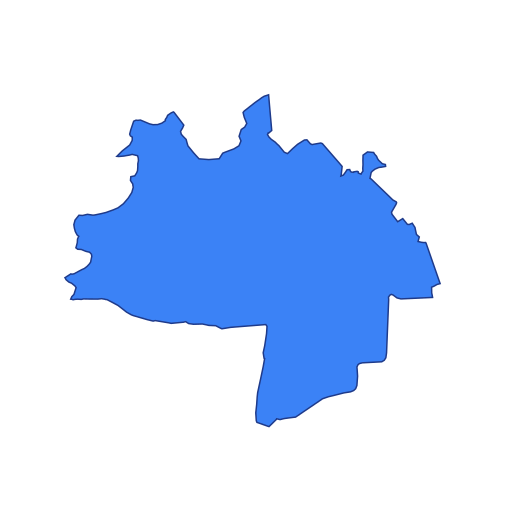 Bilbis, Ash Sharqiyah, Egypt (orthographic projection), rotated 21°
{"feature_id": "37247803B42171035160974", "entity_name": "Bilbis", "entity_type": "district", "adm_level": 2, "iso_a3": "EGY", "parent_name": "Egypt", "parent_adm1": "Ash Sharqiyah", "projection": "orthographic", "projection_center": [31.512, 30.409], "detail": "fine", "context": "isolated", "style": "filled", "palette": "blue", "viewbox_px": 512, "rotation_deg": 21, "n_neighbors": 0, "source": "geoboundaries", "source_scale": "gbopen_adm2", "svg_char_len": 4133}
<svg xmlns="http://www.w3.org/2000/svg" viewBox="0 0 512 512"><g transform="rotate(21 256 256)"><path d="M344.0,124.2L340.8,124.6L336.2,122.7L334.5,121.5L332.8,119.7L331.6,119.1L330.4,118.5L328.7,117.2L322.8,118.9L319.8,123.5L321.5,128.3L323.2,132.5L324.3,136.0L325.4,138.4L324.7,141.3L324.7,141.9L321.8,141.9L321.2,140.7L320.1,140.7L317.1,142.4L317.1,142.9L314.8,143.5L313.6,142.9L312.5,141.7L310.1,142.8L309.5,145.7L308.8,148.2L308.6,149.1L307.4,150.2L306.6,150.9L306.5,149.8L305.4,145.6L304.3,141.5L301.0,139.7L277.7,127.3L276.0,127.3L270.3,130.7L268.4,131.9L267.7,131.8L266.6,131.8L261.9,129.3L259.6,130.4L254.8,136.8L251.7,142.7L249.9,146.6L248.7,149.1L245.2,149.0L237.7,144.7L236.0,144.1L233.1,142.8L228.4,141.6L225.5,140.3L223.2,138.5L223.3,136.7L223.8,136.7L225.7,133.2L221.7,125.0L214.8,110.9L210.0,101.0L206.4,103.9L204.6,106.2L202.8,109.1L201.6,110.8L200.4,112.6L199.9,113.4L193.1,124.8L192.5,126.6L193.7,128.4L195.4,130.8L197.1,132.6L198.8,134.4L199.9,135.6L199.4,138.7L199.3,139.7L196.9,143.2L197.3,150.3L200.7,153.9L200.7,155.7L200.6,159.2L197.0,163.9L189.9,170.2L188.1,171.9L187.8,173.3L186.8,178.4L177.4,182.9L168.0,185.7L163.8,183.6L160.5,181.9L155.3,178.9L153.0,177.6L150.7,174.6L149.0,172.2L145.0,170.4L142.6,169.1L140.9,166.7L141.6,162.6L141.6,161.9L141.7,159.7L128.1,151.3L127.2,151.1L126.6,151.7L125.5,152.8L124.8,153.8L123.1,156.3L123.0,158.7L122.4,161.0L122.9,162.2L120.5,165.7L117.0,168.6L115.2,169.3L112.9,170.3L109.3,170.8L99.4,170.5L98.4,171.0L97.1,171.7L95.3,172.2L93.5,174.0L93.9,183.4L94.1,184.9L94.4,187.5L95.6,188.8L97.9,189.4L99.0,192.4L98.4,197.1L98.3,197.7L93.5,205.8L90.7,212.1L90.4,212.8L92.2,212.3L96.9,210.0L98.7,208.9L101.6,207.2L104.0,205.5L109.5,204.8L111.0,206.8L112.1,209.2L112.6,212.2L113.7,215.1L114.8,218.7L114.8,221.1L114.1,224.6L110.7,226.8L111.7,230.4L113.4,231.7L115.1,232.9L115.7,234.1L116.2,234.9L116.8,235.9L117.3,241.2L116.0,247.7L113.5,254.7L109.9,260.5L106.3,264.0L100.4,269.1L96.2,272.0L90.9,275.4L89.2,276.3L83.7,277.5L79.6,280.3L76.1,281.4L74.2,287.3L74.7,292.0L76.4,295.0L78.6,298.0L81.5,300.5L83.5,301.1L83.4,301.8L83.3,304.2L84.4,307.7L84.8,311.4L84.9,312.9L87.1,313.6L90.6,312.5L94.1,312.6L95.8,312.6L99.3,312.1L101.7,313.3L102.8,315.1L103.0,316.3L103.8,321.0L103.2,323.4L102.0,326.3L100.2,329.2L98.4,331.0L92.4,337.9L90.6,339.0L89.6,339.0L85.4,344.7L85.8,345.0L87.2,346.2L90.6,347.4L93.6,347.5L97.6,348.8L99.4,350.0L99.6,353.6L99.8,357.1L98.6,360.0L98.5,362.7L99.7,362.4L100.9,362.4L102.6,361.3L105.0,360.2L108.5,359.1L110.3,357.9L115.0,356.2L123.8,352.9L127.3,351.1L128.1,351.0L130.4,350.5L131.2,350.5L132.6,350.1L144.9,351.6L155.3,354.8L160.6,355.6L162.9,355.6L177.1,354.4L178.7,354.2L179.3,354.1L181.2,353.9L183.3,353.6L185.1,352.4L198.8,349.6L200.9,349.3L212.2,343.7L213.1,343.0L213.9,342.5L216.8,343.1L217.4,343.2L222.1,342.1L230.3,338.7L234.6,338.0L236.8,337.7L242.2,335.9L243.3,335.5L248.7,336.1L250.2,336.2L257.9,331.7L265.0,328.3L287.2,317.7L288.2,317.2L289.7,316.5L291.5,317.7L293.7,324.8L296.3,336.7L297.4,343.8L300.2,348.6L300.8,348.6L302.4,356.9L304.4,369.3L306.5,382.9L307.6,387.1L309.8,394.2L312.0,402.5L315.3,409.7L316.5,411.0L327.2,410.7L329.3,410.6L333.6,401.2L333.6,400.6L334.9,400.4L337.1,400.1L339.6,398.3L341.2,397.3L345.4,395.0L350.7,392.2L369.3,365.4L374.1,361.4L378.2,358.6L387.1,352.3L393.0,348.9L395.4,346.6L396.6,344.2L396.6,340.7L395.5,337.1L393.9,331.8L391.7,327.0L390.0,323.4L390.2,320.8L391.2,319.3L393.6,317.6L411.3,309.7L413.1,307.4L413.7,304.5L412.6,299.7L395.5,249.2L394.4,246.8L395.1,244.4L395.7,243.7L395.8,243.7L396.2,243.3L398.0,243.3L402.6,244.6L404.5,244.4L406.7,244.1L407.4,243.8L435.7,231.4L434.5,229.4L433.3,227.6L431.1,222.2L432.9,220.5L435.3,217.6L436.3,216.9L437.8,215.8L410.2,183.1L409.5,182.6L407.9,183.3L405.6,183.9L402.1,184.4L401.6,179.7L398.1,178.4L396.1,175.4L394.2,172.4L390.1,169.4L387.7,171.7L386.0,172.2L379.6,168.5L376.0,173.2L368.0,168.3L366.8,166.5L367.7,160.9L368.2,157.7L368.2,155.9L367.5,155.2L363.6,154.6L337.0,143.3L335.8,142.8L334.6,142.7L334.1,139.8L333.6,136.8L334.2,135.1L336.0,132.2L339.0,129.3L341.3,128.1L344.9,125.9L344.0,124.2Z" fill="#3b82f6" stroke="#1e3a8a" stroke-width="1.5"/></g></svg>